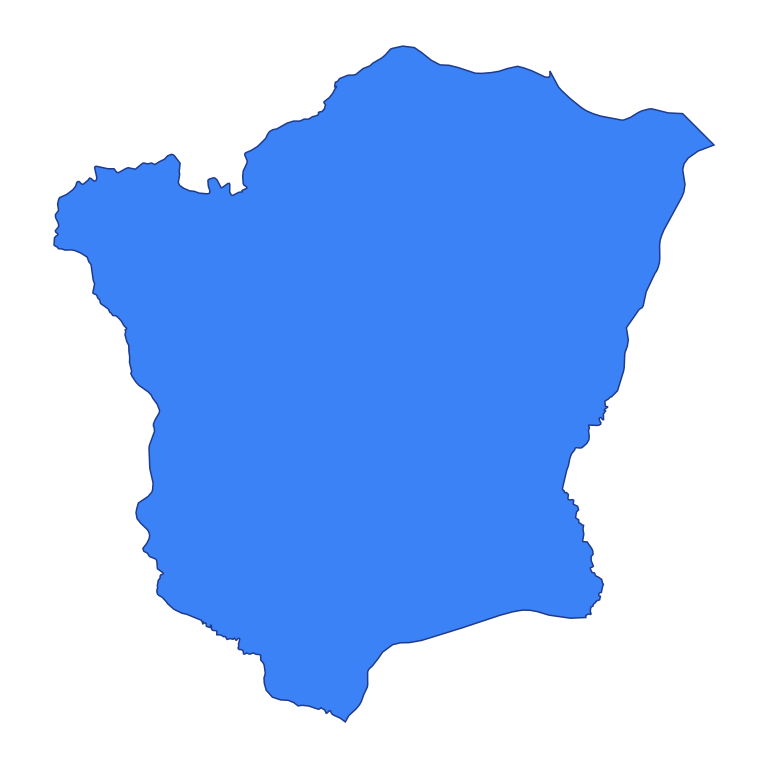 Vapy, Saravan, Laos (Mercator projection)
{"feature_id": "54806243B822466577686", "entity_name": "Vapy", "entity_type": "district", "adm_level": 2, "iso_a3": "LAO", "parent_name": "Laos", "parent_adm1": "Saravan", "projection": "mercator", "projection_center": [105.952, 15.765], "detail": "fine", "context": "isolated", "style": "filled", "palette": "blue", "viewbox_px": 768, "rotation_deg": 0, "n_neighbors": 0, "source": "geoboundaries", "source_scale": "gbopen_adm2", "svg_char_len": 6023}
<svg xmlns="http://www.w3.org/2000/svg" viewBox="0 0 768 768"><path d="M345.3,721.9L348.8,715.6L356.3,708.7L359.6,704.6L361.4,701.3L363.8,694.5L367.3,687.2L367.7,684.7L367.6,672.7L368.0,670.7L369.2,668.8L372.3,666.0L378.3,658.4L382.5,652.2L392.6,644.7L400.3,642.8L409.4,642.6L421.7,640.4L462.3,627.8L500.2,615.2L512.8,611.8L519.9,610.5L523.6,610.1L530.1,610.3L537.3,611.6L548.8,615.1L570.3,618.2L585.9,617.5L585.7,616.1L586.4,615.1L588.9,613.8L590.3,614.5L591.1,613.9L590.3,611.3L590.8,607.2L593.0,606.1L593.4,604.2L595.4,602.6L596.6,600.9L599.6,599.8L600.4,596.4L598.9,595.7L598.7,594.4L599.4,593.0L601.4,592.3L602.5,586.8L603.4,584.4L602.5,582.8L601.7,579.4L597.9,576.8L595.7,575.9L594.5,573.0L592.1,572.5L590.3,568.9L590.6,567.7L592.5,567.0L593.4,566.1L591.2,560.7L591.1,556.5L593.1,554.3L592.7,550.7L591.7,548.5L587.1,541.9L583.3,541.7L582.6,541.1L583.8,534.3L583.0,528.7L583.6,525.3L581.5,524.6L580.6,523.4L578.9,522.9L578.7,519.9L576.0,518.1L575.6,517.3L576.5,512.0L578.6,509.8L577.6,506.3L573.5,504.3L573.2,502.9L573.7,501.6L573.6,500.1L572.4,499.6L570.3,500.0L568.4,499.5L567.9,498.4L568.4,494.5L566.4,492.5L564.5,492.6L564.2,491.0L562.7,489.6L562.5,488.2L566.7,470.4L568.5,465.3L569.9,458.2L571.5,453.8L574.6,450.0L575.2,448.1L576.1,447.7L580.6,448.0L582.1,447.6L586.7,443.5L588.9,439.8L589.2,435.9L588.5,430.6L589.4,427.9L588.7,425.9L588.8,425.1L596.6,425.4L598.8,425.2L600.6,424.3L600.9,422.7L599.9,421.2L599.1,418.5L599.7,417.8L600.8,417.5L602.7,419.8L603.6,419.6L603.4,414.1L605.6,410.9L604.3,410.1L604.3,409.5L607.5,407.3L607.6,406.8L605.4,406.2L604.8,401.2L608.5,398.9L610.2,397.1L611.5,396.8L617.5,390.8L623.6,371.0L624.2,367.5L624.8,353.1L627.3,346.3L628.3,339.8L626.4,327.7L639.1,309.5L642.2,307.5L643.2,305.8L646.2,291.8L654.7,273.8L656.9,270.5L658.4,266.5L659.4,262.9L659.8,258.7L659.6,245.3L660.2,240.2L661.6,235.5L664.0,229.8L681.6,197.5L683.8,192.2L685.0,184.4L682.7,169.7L684.1,163.7L688.3,158.0L698.2,151.0L714.0,145.0L682.6,113.6L668.2,112.9L651.7,108.8L649.0,109.0L642.0,110.8L638.3,112.5L630.8,117.2L623.8,120.0L621.7,120.1L600.7,116.1L592.8,113.6L586.4,110.8L581.5,107.7L570.1,98.5L561.5,90.4L558.5,87.0L549.9,71.0L550.0,75.7L548.6,77.4L545.1,77.0L531.6,70.7L523.7,67.9L517.6,66.3L507.2,68.6L499.0,71.3L491.2,72.6L481.6,73.4L475.3,73.2L458.0,67.5L449.2,65.3L440.1,64.9L431.3,60.3L421.8,52.7L414.4,47.6L402.8,46.1L392.3,48.4L390.4,49.2L385.3,55.0L381.7,58.0L372.9,63.1L369.9,65.9L363.0,68.6L355.8,74.5L353.1,75.1L348.0,75.2L339.7,78.5L337.6,81.3L335.3,82.3L334.7,86.8L336.4,86.5L336.4,87.1L334.9,89.1L332.6,93.5L329.2,97.7L324.0,101.8L324.0,102.8L325.5,104.6L324.3,109.3L323.6,109.5L322.4,111.4L318.9,112.1L318.4,112.6L318.6,114.1L318.0,114.9L315.9,115.9L312.7,116.6L308.4,119.2L304.1,119.1L299.9,121.1L293.5,121.1L287.1,123.1L276.8,128.9L272.7,129.7L269.4,131.7L267.3,134.8L265.8,138.3L257.5,146.5L251.2,150.4L245.8,152.7L244.8,153.8L244.8,155.2L247.1,160.5L247.1,162.7L243.2,171.1L242.7,176.6L243.2,183.5L243.7,184.8L246.6,186.9L246.9,187.6L246.6,188.4L242.4,190.2L242.0,190.6L242.3,191.8L238.8,192.3L232.8,195.4L231.3,195.0L229.7,192.0L229.8,184.5L229.4,183.4L227.8,183.5L222.5,187.4L221.1,187.7L217.0,179.8L215.0,178.1L213.6,177.8L209.4,179.0L207.9,180.3L208.3,186.0L209.9,190.9L209.7,192.7L208.8,193.5L207.2,193.8L199.1,193.1L194.2,191.3L189.5,190.8L183.8,188.3L179.9,185.7L178.3,182.7L179.7,174.1L179.2,171.8L180.1,163.2L174.7,156.1L173.4,154.9L171.5,154.3L167.5,155.9L164.4,159.3L159.5,161.6L154.9,164.5L151.5,163.0L147.5,163.9L144.0,163.0L142.6,163.3L135.3,169.2L128.2,167.7L125.9,168.5L118.6,172.6L116.8,172.4L114.1,168.8L107.7,168.7L96.6,166.3L95.2,166.5L94.6,167.6L96.7,177.1L96.7,178.8L95.8,180.7L94.0,181.1L90.9,178.4L89.5,178.1L88.0,180.2L83.5,184.0L82.7,184.3L81.5,183.9L79.1,181.5L77.7,181.6L76.7,182.6L75.6,186.3L72.8,189.8L66.6,194.5L59.8,197.5L58.8,199.0L57.6,204.0L58.5,209.8L58.1,211.1L55.5,214.5L55.4,215.5L55.6,217.6L58.1,222.8L58.7,225.2L58.4,227.0L55.3,230.8L55.7,232.1L58.0,234.1L57.4,235.3L55.6,236.4L54.5,237.7L54.0,244.9L54.3,245.5L57.1,247.0L58.7,248.8L61.7,248.9L65.1,250.1L71.2,249.9L74.6,250.5L80.3,252.8L87.2,257.1L88.7,261.5L91.0,264.5L93.2,280.0L94.6,283.9L92.9,292.2L93.1,293.4L96.3,294.8L96.9,295.6L97.7,297.9L99.9,300.2L100.3,302.9L101.0,303.8L108.2,308.9L109.8,312.2L111.3,313.3L112.7,315.4L116.1,315.9L118.4,317.8L121.2,320.9L123.9,325.6L126.6,328.2L126.5,329.0L125.2,329.9L125.7,331.7L125.0,334.6L126.7,341.3L128.8,345.5L128.9,351.3L129.7,357.0L129.5,362.4L131.7,371.5L130.8,373.4L132.3,376.7L136.1,382.3L138.9,385.3L148.2,391.9L151.1,394.9L152.7,398.1L157.1,404.1L159.6,410.3L159.2,412.9L155.3,419.5L153.5,423.7L153.4,426.0L154.2,427.8L154.5,431.4L149.5,445.1L149.0,448.0L149.8,468.4L153.1,483.1L152.6,489.7L151.8,492.2L148.0,496.5L138.4,503.0L136.7,508.8L136.0,512.8L137.1,518.7L140.7,523.2L147.7,530.0L149.1,532.9L149.7,535.5L149.1,538.7L146.8,543.3L142.9,548.4L143.8,551.3L147.3,553.1L149.5,556.5L156.0,559.2L156.8,561.0L157.4,568.7L163.1,572.9L163.0,574.1L160.6,575.0L160.1,576.3L160.1,578.1L158.3,580.2L157.3,585.7L157.7,587.6L157.0,589.6L156.9,591.9L157.5,594.1L159.0,595.5L162.0,597.1L166.2,601.6L167.7,603.8L174.0,609.3L181.9,613.2L186.5,614.2L201.2,620.2L202.1,621.9L203.1,621.9L202.6,623.7L202.9,623.9L204.7,622.9L206.1,623.4L206.3,626.1L206.8,626.5L210.0,627.5L210.6,625.2L211.4,625.3L211.6,629.4L212.8,630.4L215.9,630.7L216.8,631.2L216.8,634.8L220.8,634.9L223.5,636.7L225.4,636.5L227.0,639.4L230.3,638.6L232.9,639.3L234.6,638.1L235.9,640.2L236.5,640.2L237.9,638.6L239.1,638.3L239.8,639.1L238.5,644.0L238.7,646.6L238.1,647.7L238.2,648.6L239.1,649.5L241.5,649.7L243.1,650.9L243.6,654.0L244.9,654.0L246.8,653.0L249.6,654.2L253.3,653.0L256.1,654.3L259.4,654.6L260.7,655.2L260.7,660.1L262.9,662.5L264.1,664.8L265.3,673.3L264.0,678.0L264.3,683.3L266.2,690.2L272.4,697.2L280.7,699.9L288.2,700.3L293.8,702.6L298.1,705.9L302.0,705.3L308.6,706.0L318.2,709.2L319.5,709.0L321.1,707.8L324.8,710.1L326.2,713.3L327.1,713.0L329.5,710.7L330.2,710.7L331.8,713.8L333.5,715.1L340.0,718.0L345.3,721.9Z" fill="#3b82f6" stroke="#1e3a8a" stroke-width="1.5"/></svg>